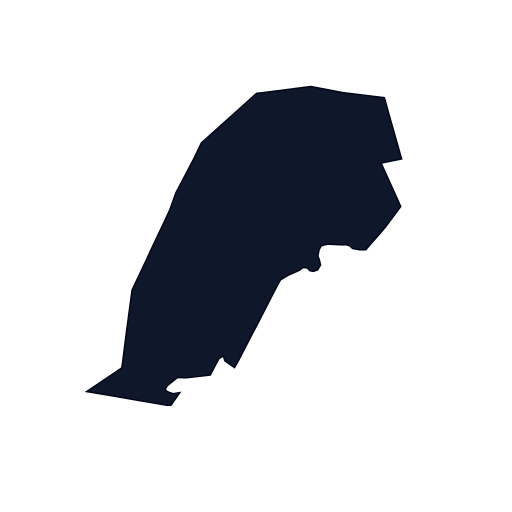 Gravatá, Pernambuco, Brazil, rotated 29°
{"feature_id": "56859067B88428954360923", "entity_name": "Gravatá", "entity_type": "district", "adm_level": 2, "iso_a3": "BRA", "parent_name": "Brazil", "parent_adm1": "Pernambuco", "projection": "equal_earth", "projection_center": [-35.541, -8.216], "detail": "fine", "context": "isolated", "style": "filled", "palette": "ink", "viewbox_px": 512, "rotation_deg": 29, "n_neighbors": 0, "source": "geoboundaries", "source_scale": "gbopen_adm2", "svg_char_len": 1125}
<svg xmlns="http://www.w3.org/2000/svg" viewBox="0 0 512 512"><g transform="rotate(29 256 256)"><path d="M291.3,364.0L291.4,357.0L291.0,342.2L290.6,328.5L290.3,314.4L289.2,280.3L289.0,269.9L289.0,265.1L290.7,262.0L293.6,257.1L296.5,253.2L298.7,250.4L300.9,247.4L302.6,243.4L306.8,241.5L310.1,242.8L313.7,241.6L316.6,238.3L316.8,232.5L313.3,228.7L310.1,225.9L308.2,220.1L308.0,215.9L310.1,213.4L313.2,210.8L326.5,204.2L329.5,202.4L333.1,201.6L336.8,202.6L344.0,200.2L349.0,197.2L350.2,191.4L353.8,174.9L355.2,167.9L358.6,142.6L351.5,137.2L320.4,114.1L336.3,100.5L303.9,67.9L291.6,55.3L252.7,71.0L246.6,73.0L221.7,81.2L182.1,110.3L177.6,113.5L153.4,183.5L153.8,190.8L154.4,200.5L155.3,239.8L158.2,257.2L159.2,271.1L161.1,301.4L162.0,312.6L163.3,333.6L164.1,345.9L179.4,385.0L180.7,388.3L191.4,415.0L192.8,419.0L190.0,424.5L188.3,428.0L183.3,437.7L173.6,456.7L179.9,454.4L220.6,440.2L224.7,438.8L250.9,429.6L254.0,427.7L255.6,412.4L250.3,416.6L244.7,417.6L241.3,417.0L241.3,412.4L246.2,400.5L254.1,396.3L273.7,382.3L273.3,364.0L275.8,359.3L279.7,362.8L291.3,364.0Z" fill="#0f172a" stroke="#020617" stroke-width="1.5"/></g></svg>